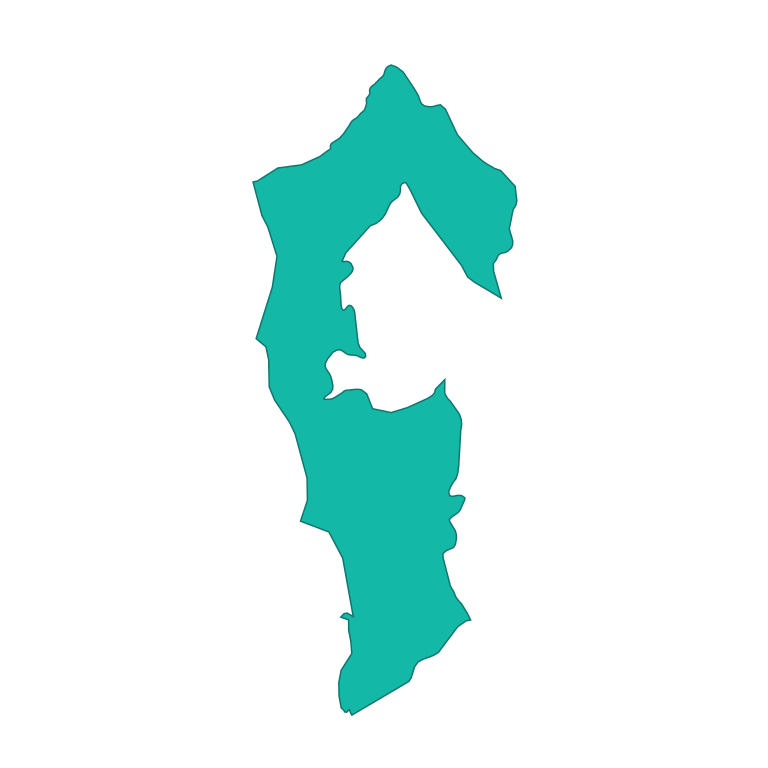 the border of South Lebanon, rotated 325°
{"feature_id": "LBN-3060", "entity_name": "South Lebanon", "entity_type": "Province", "adm_level": 1, "iso_a3": "LBN", "parent_name": "Lebanon", "parent_adm1": "", "projection": "albers", "projection_center": [35.407, 33.345], "detail": "fine", "context": "isolated", "style": "filled", "palette": "teal", "viewbox_px": 768, "rotation_deg": 325, "n_neighbors": 0, "source": "natural_earth", "source_scale": "10m", "svg_char_len": 3435}
<svg xmlns="http://www.w3.org/2000/svg" viewBox="0 0 768 768"><g transform="rotate(325 384 384)"><path d="M319.6,627.0L315.3,625.1L305.2,625.1L274.6,635.1L268.7,634.7L257.0,631.6L252.1,631.3L246.7,633.3L237.5,640.4L233.9,641.9L167.8,636.8L167.8,635.2L168.8,630.8L165.1,631.4L163.8,630.2L163.9,627.7L163.2,624.7L168.3,613.7L175.8,602.6L184.7,593.9L203.0,586.3L208.9,576.4L214.0,565.2L219.7,556.9L214.8,550.2L219.7,549.2L222.4,550.5L225.4,556.9L250.3,503.0L254.0,473.6L236.9,448.5L254.5,435.4L267.0,417.0L282.6,373.9L284.7,360.9L285.2,334.4L288.3,320.6L303.4,298.1L308.6,285.9L305.3,273.5L348.1,240.6L369.6,218.0L378.9,188.8L380.6,176.1L392.6,143.4L396.7,145.1L421.0,146.2L442.1,157.2L462.3,160.9L471.3,160.6L474.5,160.9L475.8,159.6L476.7,158.2L478.0,157.1L480.1,156.8L488.3,157.2L494.2,155.9L503.7,152.3L505.3,151.5L508.3,150.3L510.4,150.1L514.8,150.3L520.3,148.9L524.0,148.6L525.7,148.0L529.6,145.2L530.7,144.1L532.4,141.2L533.4,140.0L537.0,139.0L538.6,138.3L539.6,137.1L540.3,135.6L541.4,134.4L542.9,133.5L544.5,133.1L548.5,133.0L555.9,131.5L557.9,131.4L559.9,131.1L561.9,130.1L563.9,128.3L566.4,126.8L569.1,126.1L572.8,126.8L576.1,131.6L578.6,139.3L578.2,159.2L577.5,167.5L575.8,173.5L575.6,176.3L576.7,179.6L580.6,183.2L583.1,184.8L587.3,186.2L590.4,187.7L591.2,191.4L592.0,194.0L587.1,221.9L589.4,245.3L592.7,258.2L594.1,261.9L598.2,270.9L602.0,276.1L604.8,297.3L597.9,310.1L594.6,313.2L589.8,315.2L575.6,328.8L572.0,339.4L571.1,341.3L569.1,343.9L566.4,345.5L561.7,346.2L559.2,345.9L557.1,345.1L555.6,344.4L553.8,343.9L552.0,344.0L550.5,344.6L547.7,346.3L546.0,347.0L542.6,348.0L538.4,354.7L529.3,381.0L516.5,352.5L513.9,344.4L515.5,331.2L512.8,267.2L512.9,264.6L516.8,240.1L517.5,231.8L517.3,231.6L517.1,231.4L516.5,231.0L514.9,230.4L513.1,230.4L511.0,231.4L510.8,231.6L509.1,234.1L507.5,235.9L505.5,237.6L503.2,238.5L501.0,238.9L496.3,239.0L493.7,239.5L491.4,240.4L482.2,245.7L477.5,247.3L475.0,247.8L469.7,247.9L463.5,246.5L427.9,254.7L420.0,259.5L421.2,260.7L423.3,261.7L425.2,263.6L426.1,266.3L425.3,271.1L423.4,273.1L421.2,274.2L416.0,275.2L406.7,276.0L404.4,277.7L402.3,280.7L400.4,284.6L393.7,295.5L392.6,298.6L393.0,300.2L394.6,300.7L399.0,299.5L400.8,299.7L402.0,301.3L402.2,303.4L402.0,305.8L401.3,308.1L386.5,335.2L385.2,339.9L386.2,348.4L384.8,350.9L383.0,351.4L381.2,350.3L379.3,347.4L378.4,345.7L377.0,344.0L373.2,341.0L371.4,339.2L370.4,337.2L368.8,332.8L367.6,330.6L364.6,329.2L360.4,328.7L352.1,331.1L348.1,333.3L345.9,335.8L345.4,338.1L345.2,342.3L345.3,343.6L344.9,346.4L343.9,349.9L341.2,356.0L338.8,358.9L335.7,360.4L327.9,360.7L326.2,361.7L327.0,362.7L328.8,364.1L331.0,365.4L333.3,366.4L335.6,366.8L344.8,367.2L346.9,366.9L349.1,367.3L358.0,372.3L360.1,373.8L362.2,375.8L364.2,382.1L360.5,397.7L373.4,411.5L389.4,416.7L411.1,420.8L416.5,421.1L419.8,420.5L423.5,417.7L436.3,415.3L428.4,426.4L427.8,431.9L428.4,435.8L428.5,451.9L427.0,457.1L424.3,461.9L420.5,465.7L397.7,494.6L393.1,499.5L389.1,502.6L383.7,504.5L380.4,506.0L375.8,508.8L374.2,511.3L374.0,513.5L375.5,515.2L377.6,516.3L379.7,517.1L381.9,518.5L383.7,520.1L384.9,523.7L383.7,525.1L375.6,530.1L373.1,531.3L370.8,531.8L363.1,531.8L359.6,532.6L358.9,535.2L358.2,545.2L356.8,549.0L354.7,552.2L350.9,555.9L349.5,556.8L347.8,557.6L345.8,557.6L339.5,556.2L335.0,556.7L332.7,560.3L322.6,587.3L322.3,589.5L322.0,594.0L320.9,598.6L320.6,600.8L321.0,606.1L321.4,608.7L320.7,619.9L319.6,627.0Z" fill="#14b8a6" stroke="#0f766e" stroke-width="1.5"/></g></svg>